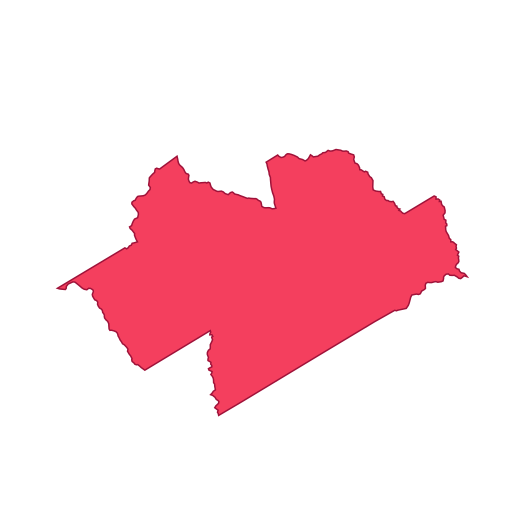 Buritis, Rondônia, Brazil (orthographic projection), rotated 149°
{"feature_id": "56859067B51583375651636", "entity_name": "Buritis", "entity_type": "district", "adm_level": 2, "iso_a3": "BRA", "parent_name": "Brazil", "parent_adm1": "Rondônia", "projection": "orthographic", "projection_center": [-63.964, -10.088], "detail": "fine", "context": "isolated", "style": "filled", "palette": "rose", "viewbox_px": 512, "rotation_deg": 149, "n_neighbors": 0, "source": "geoboundaries", "source_scale": "gbopen_adm2", "svg_char_len": 5342}
<svg xmlns="http://www.w3.org/2000/svg" viewBox="0 0 512 512"><g transform="rotate(149 256 256)"><path d="M72.4,215.7L106.7,215.7L108.1,217.0L108.6,218.5L108.9,220.1L110.0,221.5L108.5,222.1L109.6,223.2L110.1,224.7L109.6,226.3L110.6,227.2L110.1,229.9L110.3,232.2L112.1,232.9L113.7,234.3L114.3,235.6L115.5,236.3L116.3,238.2L115.6,240.9L116.7,242.3L115.6,243.5L116.5,244.8L116.0,247.2L117.3,247.9L120.0,250.1L121.5,252.3L120.4,255.0L116.9,260.4L116.8,263.7L117.6,265.4L117.7,268.5L117.1,270.3L118.4,272.2L119.8,272.3L120.6,273.8L121.4,275.6L122.6,276.5L121.8,278.2L121.4,281.2L121.9,283.1L123.3,284.7L122.9,286.8L122.5,288.5L120.7,290.3L120.2,292.4L121.9,294.3L123.6,296.5L123.3,298.0L124.6,299.6L126.2,300.3L127.7,301.2L128.9,303.0L132.6,306.1L134.5,306.4L136.5,306.8L138.5,307.8L139.8,309.4L141.4,309.2L143.1,309.0L145.6,310.1L147.0,309.7L149.0,309.9L151.8,309.7L153.0,310.3L154.3,310.8L155.8,311.4L156.4,313.1L157.2,314.7L159.4,313.4L161.1,312.5L163.6,312.0L165.0,312.2L166.4,314.7L168.9,317.3L169.5,319.5L171.6,322.7L173.4,324.9L175.0,326.5L176.6,327.5L178.4,327.3L180.2,326.6L182.0,326.8L183.8,327.5L185.1,329.8L185.4,331.4L199.0,331.2L199.2,329.2L199.9,327.5L200.9,324.2L201.5,321.6L202.7,318.9L203.2,315.9L204.1,314.3L207.1,308.1L208.1,305.3L209.2,301.7L209.5,300.1L209.9,298.1L210.9,295.2L212.6,292.8L213.2,291.5L214.3,286.7L216.1,287.3L217.8,288.1L219.3,290.2L220.6,291.1L222.7,292.2L224.2,293.3L225.5,295.5L224.4,298.4L224.0,299.7L224.3,301.1L225.3,302.4L225.8,304.0L226.5,305.2L228.0,306.1L231.0,308.2L232.4,309.4L233.8,309.9L236.5,313.4L238.7,316.1L239.8,317.7L240.9,318.7L242.4,320.2L242.8,321.9L243.4,323.1L245.3,323.5L248.2,322.9L249.5,324.4L250.4,325.6L251.0,327.7L252.2,329.4L255.4,330.9L256.4,331.9L257.5,333.7L258.4,335.0L258.9,338.1L258.6,339.8L257.9,342.3L258.9,343.9L260.6,343.9L261.6,345.2L263.3,346.0L265.4,347.1L267.3,347.9L268.1,349.4L269.8,351.5L271.8,351.8L273.7,351.7L274.9,352.9L274.9,354.6L274.4,356.7L273.0,358.5L272.0,359.6L271.9,361.0L273.4,362.7L273.6,364.5L273.5,365.9L273.3,367.3L273.4,369.5L274.6,373.5L274.6,375.3L273.9,377.8L273.3,379.2L272.3,382.2L293.9,380.2L295.0,381.3L295.9,382.4L297.5,382.5L299.0,381.0L299.8,379.9L302.5,379.4L305.9,378.4L307.2,377.9L308.9,375.3L311.5,372.1L311.3,369.1L312.7,367.5L314.8,367.0L316.1,366.4L317.3,365.9L319.4,365.3L321.6,365.7L323.1,366.4L325.5,367.6L326.9,368.0L328.9,367.2L330.9,366.0L332.3,366.3L334.6,366.0L335.6,364.6L335.3,361.3L334.8,359.1L334.8,357.1L334.6,355.3L334.5,353.9L335.5,352.1L337.7,349.8L341.1,350.2L343.2,349.1L345.3,347.6L347.0,346.1L349.4,346.1L349.7,344.3L348.9,341.8L348.7,339.8L348.5,337.7L349.4,336.5L349.9,334.0L350.2,331.9L350.3,329.2L352.0,329.6L353.9,330.1L355.6,330.7L357.3,329.5L359.3,329.8L361.7,328.8L363.2,328.8L364.2,330.5L442.8,330.6L441.3,328.9L436.7,325.5L435.5,325.9L434.1,327.7L431.4,328.7L426.2,328.1L424.6,326.8L423.0,322.5L422.3,320.4L421.6,318.2L420.4,316.0L418.4,314.2L416.1,314.5L414.6,313.5L413.7,311.9L413.2,310.5L413.8,309.2L416.1,307.4L416.7,305.8L416.8,304.0L416.8,301.5L415.6,299.9L415.4,298.0L416.7,296.2L417.0,294.3L416.9,292.0L415.8,289.9L415.8,288.3L416.5,286.5L416.3,285.1L416.4,283.5L417.1,282.4L417.7,280.9L417.5,278.5L416.8,276.4L417.1,273.7L418.1,271.9L419.5,269.1L419.5,267.5L418.2,266.9L416.4,265.1L415.0,263.2L414.6,261.3L414.9,259.8L415.4,258.5L415.4,256.8L415.7,254.0L415.5,251.6L415.6,249.5L414.6,247.7L413.9,244.5L413.7,242.2L415.2,240.5L415.2,238.9L415.2,236.9L414.9,235.1L415.1,232.0L416.0,231.0L416.5,229.4L415.7,227.2L415.6,225.7L414.6,224.4L413.3,223.8L412.5,221.8L411.8,219.4L410.8,217.1L410.1,215.4L335.2,215.6L333.6,215.6L334.0,214.1L335.3,213.3L336.2,212.2L334.4,211.3L334.4,209.4L335.8,209.3L336.4,206.6L337.8,205.5L340.9,203.5L342.3,201.1L343.1,200.0L345.3,199.7L347.3,198.4L348.3,197.0L348.7,195.4L348.9,193.7L350.3,192.3L351.0,191.1L350.1,189.5L349.4,188.1L350.5,186.6L350.3,185.0L351.0,183.7L352.5,183.9L354.8,183.9L355.1,182.4L354.2,181.1L353.2,179.6L354.2,178.4L355.7,177.7L355.4,175.4L355.5,173.7L356.0,172.1L357.6,169.2L357.4,167.7L358.5,165.4L359.7,162.2L362.3,162.0L364.1,161.1L366.3,160.5L364.9,158.8L363.9,156.0L363.9,153.5L363.0,151.7L362.8,150.4L364.0,149.0L367.6,148.2L369.5,147.2L367.9,143.3L369.5,141.9L369.5,140.4L370.1,138.6L342.8,138.4L300.6,138.5L252.0,138.6L242.0,138.6L189.5,138.6L188.1,138.6L165.1,138.0L163.8,136.7L162.3,136.5L154.2,133.7L150.8,135.3L148.9,136.8L144.5,141.1L142.4,142.3L138.0,140.7L136.5,139.3L134.6,139.0L132.1,140.6L128.6,140.6L127.4,141.0L126.0,143.7L124.5,145.1L122.4,145.0L120.6,143.6L119.0,142.7L116.7,142.1L115.0,141.4L113.7,139.9L110.3,138.5L108.5,138.3L106.8,140.1L106.1,141.3L105.0,142.0L102.4,142.5L100.3,141.5L99.8,139.7L97.8,138.3L95.9,137.3L94.3,134.4L93.6,132.4L92.2,131.2L89.7,131.5L88.2,131.9L87.0,131.0L85.7,129.5L86.0,132.2L86.5,133.9L88.8,136.0L89.3,138.3L88.9,140.1L90.3,141.5L91.0,143.5L89.7,144.9L88.1,145.7L86.4,146.0L85.0,146.8L84.2,148.3L83.5,150.1L82.3,151.4L82.9,153.0L80.1,154.9L81.5,158.7L80.1,159.5L79.6,161.2L78.4,162.4L79.3,164.7L79.6,166.0L80.4,167.1L81.7,167.8L80.6,169.8L81.2,171.5L80.4,174.5L80.4,176.8L80.4,179.0L79.9,180.7L78.2,183.9L76.8,183.7L76.0,185.2L76.3,186.7L74.8,188.9L75.8,190.6L75.3,192.1L74.6,194.6L71.8,195.6L70.5,197.6L69.4,201.1L70.1,202.7L70.3,204.6L69.2,207.6L70.7,208.3L69.7,209.3L70.5,211.1L72.4,212.0L71.2,214.0L72.4,215.7Z" fill="#f43f5e" stroke="#9f1239" stroke-width="1.5"/></g></svg>